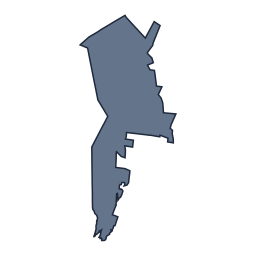 outline of Francisco I. Madero, Coahuila, Mexico
{"feature_id": "50627088B35500678821853", "entity_name": "Francisco I. Madero", "entity_type": "district", "adm_level": 2, "iso_a3": "MEX", "parent_name": "Mexico", "parent_adm1": "Coahuila", "projection": "natural_earth1", "projection_center": [-103.245, 26.23], "detail": "fine", "context": "isolated", "style": "filled", "palette": "slate", "viewbox_px": 256, "rotation_deg": 0, "n_neighbors": 0, "source": "geoboundaries", "source_scale": "gbopen_adm2", "svg_char_len": 3726}
<svg xmlns="http://www.w3.org/2000/svg" viewBox="0 0 256 256"><path d="M80.1,44.9L87.6,48.0L89.6,58.3L94.4,82.6L95.8,89.4L97.2,96.5L97.7,99.0L97.8,99.8L107.4,115.7L107.8,116.3L104.4,122.9L101.6,128.1L95.3,140.2L91.8,147.0L91.9,157.2L92.0,167.6L92.1,174.6L92.2,184.9L92.3,188.2L92.4,195.4L92.4,202.6L92.5,204.1L92.5,207.5L92.7,208.2L92.7,208.3L92.8,208.4L92.8,208.5L92.8,208.8L92.8,209.0L92.9,209.4L93.0,209.6L93.1,209.8L93.2,210.0L93.3,210.1L93.5,210.3L93.8,210.7L94.0,210.9L94.0,211.0L94.2,211.3L94.3,211.4L94.4,212.3L95.1,213.8L96.7,215.2L96.9,215.9L97.1,216.4L97.4,217.4L97.5,217.9L97.4,219.2L97.4,219.3L97.3,219.5L97.2,220.0L96.8,220.4L96.7,220.5L96.7,220.8L96.7,221.0L97.0,221.0L96.9,221.5L96.7,222.2L96.6,222.3L96.6,223.4L96.7,224.0L96.6,224.3L96.4,224.5L96.2,224.7L96.0,226.5L96.0,226.8L96.0,227.1L96.1,228.7L96.1,229.1L95.6,230.7L95.6,230.9L94.8,233.8L94.2,235.4L94.0,236.2L93.9,236.5L94.0,236.7L94.8,236.1L95.4,235.7L95.5,235.4L95.4,235.1L96.1,234.5L95.7,234.1L96.9,234.1L97.1,234.0L97.7,233.4L98.0,233.1L98.5,232.7L98.9,231.7L99.2,231.2L99.4,231.1L99.8,230.6L100.2,230.8L100.6,230.6L100.9,230.4L101.0,230.3L101.5,230.0L101.1,231.0L100.6,232.0L100.3,232.5L100.8,232.8L100.6,233.4L100.6,233.6L100.4,234.4L100.4,234.5L100.3,235.2L100.0,235.6L99.5,236.5L99.0,237.4L100.2,237.8L100.2,238.3L100.2,238.5L100.3,238.5L100.9,238.0L101.1,238.0L101.3,238.1L101.5,238.3L101.5,238.5L101.7,239.0L101.7,239.3L101.6,239.5L101.7,239.8L101.8,239.9L101.8,240.1L101.7,240.1L101.6,240.3L101.7,240.5L101.8,240.6L102.7,240.5L103.6,240.5L104.1,240.4L104.6,240.4L105.0,240.1L105.6,239.6L105.6,239.4L105.7,239.1L105.9,238.9L106.0,238.7L105.9,238.4L106.1,237.9L106.1,237.7L106.7,236.3L107.0,235.9L107.9,235.3L108.1,235.2L108.6,234.9L109.4,234.4L109.6,234.2L109.6,233.2L110.1,232.7L111.8,231.3L112.1,230.9L112.2,230.7L111.7,230.6L111.4,230.8L111.2,231.0L110.9,229.8L111.8,230.1L112.5,229.3L113.0,228.5L113.3,227.5L113.7,225.8L114.9,225.7L115.0,225.6L115.3,224.7L115.7,223.5L116.2,221.8L117.5,218.1L117.9,216.8L112.4,214.7L113.4,212.1L113.5,211.6L114.4,209.4L114.7,208.5L115.3,207.2L115.9,205.5L116.0,205.4L115.9,205.3L116.1,205.2L116.1,203.9L116.2,202.0L116.2,201.5L116.2,201.2L116.3,200.1L116.3,198.9L116.4,198.3L116.5,195.7L116.5,195.2L116.7,193.6L117.5,193.4L117.7,196.8L117.9,200.3L118.6,199.3L118.7,199.1L118.8,198.8L118.9,198.6L119.1,198.1L119.5,197.7L120.1,197.6L120.3,197.4L120.6,197.1L120.7,196.7L121.3,195.8L121.4,195.5L121.9,194.2L122.8,191.5L122.9,190.9L122.1,190.1L122.1,189.6L121.1,189.0L120.8,189.1L120.7,189.0L120.4,189.3L119.5,188.9L119.3,188.9L119.2,188.4L119.4,186.2L119.9,184.5L121.2,184.6L122.0,182.4L123.3,182.5L124.6,182.6L124.6,183.5L124.8,184.9L124.1,185.7L124.0,185.9L126.6,185.2L126.9,185.1L127.2,184.7L128.5,182.8L128.6,182.5L128.8,180.8L129.1,177.8L129.3,176.3L129.4,175.6L129.8,172.2L129.8,171.5L129.9,170.8L125.7,168.9L124.4,168.5L123.3,168.4L122.8,168.3L117.8,167.7L115.7,167.4L116.1,160.2L116.3,151.9L116.5,151.7L121.4,156.6L122.5,156.8L125.0,157.8L125.4,152.3L125.4,149.5L124.8,145.9L132.6,147.1L133.4,140.2L125.4,139.0L126.3,136.4L126.5,132.5L132.4,133.2L134.2,133.4L149.5,135.2L151.0,135.3L155.5,136.1L159.8,136.8L160.0,135.2L168.0,138.2L167.6,141.9L173.3,142.9L173.3,139.2L172.2,133.7L172.5,130.4L170.2,128.3L171.1,124.8L175.9,113.9L163.5,112.8L162.8,103.4L162.6,102.6L161.1,98.0L158.3,94.6L161.9,86.8L159.5,86.5L156.5,86.1L155.0,74.3L154.4,70.4L150.0,69.8L147.5,65.1L153.3,62.7L151.9,58.0L147.9,54.0L147.4,52.6L147.6,52.3L152.7,45.4L153.0,43.3L160.1,25.6L154.2,21.6L145.3,38.1L130.3,21.9L127.5,18.8L126.6,17.9L126.4,17.6L125.6,16.4L125.4,16.0L125.0,15.4L117.1,20.0L103.9,27.9L100.5,29.9L98.6,31.3L98.0,31.7L94.8,33.6L89.1,36.9L80.3,44.7L80.1,44.9Z" fill="#64748b" stroke="#1e293b" stroke-width="1.5"/></svg>